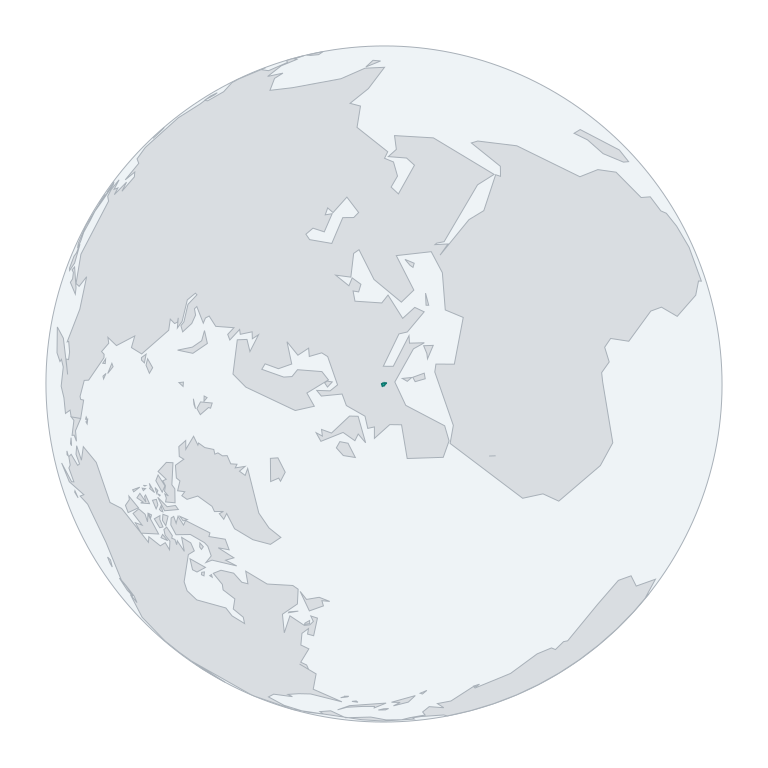 the Earth from above Ticino, rotated 260°
{"feature_id": "CHE-168", "entity_name": "Ticino", "entity_type": "Canton", "adm_level": 1, "iso_a3": "CHE", "parent_name": "Switzerland", "parent_adm1": "", "projection": "orthographic", "projection_center": [8.86, 46.227], "detail": "fine", "context": "on_globe", "style": "filled", "palette": "teal", "viewbox_px": 768, "rotation_deg": 260, "n_neighbors": 0, "source": "natural_earth", "source_scale": "10m", "svg_char_len": 11291}
<svg xmlns="http://www.w3.org/2000/svg" viewBox="0 0 768 768"><g transform="rotate(260 384 384)"><circle cx="384" cy="384" r="338" fill="#eef3f6" stroke="#a8b0b8"/><path d="M99.0,202.4L101.4,198.8L144.9,145.9L118.0,175.6L135.6,154.9L135.2,155.4L155.3,135.8L169.3,123.5L196.3,105.3L220.7,97.7L211.6,102.8L218.5,101.1L230.4,94.9L236.5,91.3L276.4,82.7L317.1,71.3L326.4,65.3L327.1,69.2L342.4,57.1L362.2,52.8L342.0,59.4L341.5,61.6L356.0,59.1L358.7,60.9L367.2,61.0L369.1,63.7L357.1,68.2L358.1,70.3L368.3,68.5L376.6,70.6L361.5,72.8L374.5,77.0L356.8,87.0L314.9,93.6L307.0,104.0L269.0,124.5L274.4,125.9L263.5,135.6L265.7,141.0L258.0,144.0L266.4,145.9L273.0,142.2L278.9,142.0L280.8,145.1L271.4,149.2L269.0,148.2L267.2,151.1L261.7,151.9L265.5,153.2L253.8,158.3L268.1,158.1L261.1,166.1L252.6,168.2L250.0,161.7L223.9,152.8L214.5,154.2L203.9,162.1L190.9,189.4L182.0,194.1L172.3,205.1L178.8,204.9L188.6,196.5L198.3,199.8L209.2,189.8L214.7,190.0L227.2,183.0L228.9,191.1L223.8,203.1L213.5,209.5L210.9,215.3L223.7,215.3L207.3,234.2L201.4,259.2L196.8,263.8L182.4,260.5L174.9,244.0L156.3,242.6L172.0,251.1L160.1,263.6L159.7,269.1L162.4,273.2L168.3,271.6L165.0,277.8L148.3,271.0L151.0,265.3L156.3,267.2L152.7,259.9L141.4,256.8L136.2,264.0L124.5,253.7L120.7,259.0L116.0,260.2L122.9,252.2L110.3,266.8L95.7,261.3L78.3,287.4L91.5,257.9L93.8,246.4L95.0,235.5L92.0,239.5L97.7,221.5L95.9,215.9L84.9,229.8L74.7,249.7L69.4,267.2L72.5,264.0L71.4,274.8L62.0,288.2L58.3,313.1L52.8,327.8L50.3,343.0L50.9,351.5L50.9,367.0L54.3,365.1L58.4,372.5L54.8,386.7L60.0,381.1L60.2,394.9L70.6,419.6L68.8,420.9L77.0,458.4L91.6,487.9L95.0,503.1L92.7,506.7L99.1,516.1L99.2,520.3L129.9,556.1L149.9,580.7L152.2,594.0L141.2,597.3L144.6,617.4L128.4,604.5L131.4,608.5L116.1,589.9L102.1,570.3L89.6,549.8L78.5,528.4L69.0,506.3L61.1,483.6L54.8,460.4L50.2,436.7L47.3,412.8L46.1,388.8L47.7,385.3L50.1,362.6L50.3,354.4L48.8,355.7L52.2,324.7L57.2,304.0L79.2,238.0L99.0,202.4ZM73.2,294.3L69.4,330.7L66.7,318.1L68.1,318.6L70.1,307.5L72.1,291.4L71.2,281.7L73.2,294.3ZM82.3,292.0L82.6,286.8L83.0,290.9L82.3,292.0ZM238.8,89.7L230.3,94.7L218.6,99.9L225.4,95.4L238.8,89.7ZM261.6,81.7L258.3,84.1L250.9,84.6L255.1,83.1L261.6,81.7ZM332.5,61.1L325.0,63.0L331.3,60.6L332.5,61.1ZM368.0,60.6L369.3,59.6L373.2,60.1L368.0,60.6ZM225.5,179.1L226.3,181.0L223.5,181.3L225.5,179.1ZM230.1,174.5L226.3,173.4L227.9,171.1L230.2,171.8L230.1,174.5ZM379.7,64.9L385.5,66.5L377.5,65.6L379.7,64.9ZM234.4,176.3L231.3,167.2L234.3,163.2L245.6,162.6L234.4,176.3ZM387.6,67.9L402.0,72.3L406.0,70.2L402.7,79.3L391.6,72.1L381.0,71.2L387.4,70.0L387.6,67.9ZM274.3,139.8L267.3,143.8L271.4,137.7L274.3,139.8ZM275.4,136.0L279.3,118.9L290.6,115.0L287.0,121.3L300.1,114.4L303.6,120.8L297.2,126.1L289.3,127.2L296.7,128.9L275.4,136.0ZM398.5,83.9L400.2,85.9L396.2,84.7L398.5,83.9ZM281.6,141.5L281.4,138.2L291.1,134.4L293.3,140.5L289.4,139.7L281.6,141.5ZM301.8,109.7L309.4,108.3L314.3,113.1L317.9,113.3L304.7,120.7L301.8,109.7ZM288.2,142.1L294.1,143.7L291.3,148.4L282.4,144.5L288.2,142.1ZM292.7,131.0L297.4,129.7L295.5,132.3L292.7,131.0ZM284.6,166.8L284.1,162.4L289.1,160.0L284.6,166.8ZM296.5,144.0L297.5,142.4L299.4,141.1L302.6,143.2L296.5,144.0ZM309.1,123.7L309.6,126.2L314.8,120.9L318.7,124.6L309.1,129.0L314.9,128.7L316.1,129.9L306.9,132.3L309.1,123.7ZM311.7,141.5L300.8,149.1L300.6,157.5L296.1,159.7L297.3,145.9L311.7,141.5ZM309.7,135.8L309.9,139.8L304.2,140.3L300.6,137.9L309.7,135.8ZM324.8,125.6L321.3,118.8L323.5,118.1L324.8,125.6ZM312.7,143.7L315.3,141.9L313.4,144.3L312.7,143.7ZM322.4,131.0L320.8,128.5L323.4,127.8L322.4,131.0ZM321.8,140.5L318.3,142.8L315.7,141.2L321.8,140.5ZM323.0,136.0L326.9,135.6L316.9,139.2L321.8,135.0L323.0,136.0ZM325.0,130.7L326.0,129.4L325.3,131.8L325.0,130.7ZM333.6,145.7L321.7,150.6L316.0,146.8L328.4,142.5L333.6,145.7ZM721.2,361.5L721.2,362.0L719.7,352.5L718.8,354.5L715.2,338.0L707.1,322.8L707.7,338.5L704.0,329.3L693.0,322.7L691.7,345.1L692.1,394.6L698.3,420.1L695.8,439.5L677.6,419.9L666.3,399.3L661.8,409.1L641.4,402.0L612.1,428.0L606.2,423.7L601.0,431.9L586.4,433.4L576.7,425.2L568.7,431.2L594.2,452.0L602.6,445.5L607.2,427.7L612.9,436.9L626.8,437.5L617.8,475.4L571.3,528.8L563.9,510.7L513.7,467.9L513.6,460.4L513.2,459.7L512.4,458.4L510.8,471.3L501.2,461.6L531.1,496.2L537.4,512.4L570.7,530.3L568.3,534.8L578.2,536.4L606.2,511.9L607.0,518.5L595.5,556.2L554.1,612.9L558.0,631.8L552.3,649.3L523.0,669.6L522.1,678.7L506.4,686.7L503.1,691.7L488.6,699.6L465.6,708.2L430.2,714.4L430.8,711.6L417.3,706.4L399.7,684.5L411.5,670.6L409.5,659.4L383.6,632.5L389.5,615.1L381.9,607.7L366.6,609.6L357.4,600.3L347.9,599.7L286.4,599.1L266.1,582.9L238.3,535.8L248.2,521.5L247.4,500.7L314.0,438.8L331.2,445.1L387.0,436.1L394.6,438.6L391.3,456.7L435.8,473.6L446.3,457.2L483.5,460.8L506.1,453.5L508.3,418.4L471.3,429.7L461.6,415.3L488.7,392.3L520.6,382.7L517.9,376.8L495.0,369.9L499.6,355.3L486.8,366.5L494.0,371.1L486.2,378.6L479.1,375.0L481.0,369.7L470.6,369.8L464.2,395.9L470.9,403.4L445.4,413.8L454.1,427.6L448.1,436.1L431.2,416.0L430.7,407.4L401.6,386.4L399.8,396.2L427.2,417.0L419.8,416.2L417.6,430.9L413.5,419.1L384.1,395.0L359.2,401.7L332.3,436.5L316.7,438.2L301.5,429.6L306.6,393.9L340.8,394.2L343.0,382.6L332.1,365.1L343.4,367.1L343.1,360.3L355.6,359.7L369.3,343.2L381.4,341.0L383.0,320.2L389.4,316.6L386.6,329.7L391.2,338.1L420.8,333.3L425.5,328.1L424.1,315.2L432.4,316.0L427.3,304.2L442.5,295.8L419.7,296.6L417.4,282.7L424.5,270.4L419.7,266.2L408.2,286.5L407.3,294.7L413.1,301.3L407.0,325.0L397.7,330.0L388.5,306.5L374.2,311.5L373.3,292.0L404.9,247.4L420.0,237.0L453.0,247.2L451.7,256.8L439.2,257.6L454.3,269.0L451.4,262.2L458.3,263.2L457.9,251.1L462.8,251.3L454.1,239.8L460.0,238.7L465.5,246.0L470.0,228.3L481.3,223.6L480.0,219.6L475.3,216.6L492.8,213.1L491.0,210.4L484.6,210.4L477.0,205.2L470.3,194.8L476.7,194.1L480.0,197.8L496.5,204.8L504.3,215.3L506.2,214.0L501.0,204.9L480.8,196.1L475.0,190.2L484.9,192.9L480.8,191.4L479.9,188.3L485.0,184.8L474.3,181.3L455.7,150.6L463.7,141.6L474.6,146.9L468.3,127.2L477.9,120.2L471.9,120.0L465.0,111.5L461.9,113.5L458.5,112.8L439.1,93.8L439.6,89.4L424.5,82.5L421.5,82.6L420.3,85.4L402.7,79.3L406.0,70.2L412.8,70.3L410.3,65.2L426.0,66.4L437.9,65.7L456.5,71.1L464.3,70.6L462.4,68.8L471.5,67.4L496.9,72.2L484.7,76.2L448.3,74.1L463.9,75.2L462.8,77.6L470.0,79.9L480.7,80.9L480.5,79.3L510.4,97.4L541.3,109.8L533.1,100.7L536.5,98.2L564.5,108.1L611.9,144.5L616.9,144.5L622.9,149.1L631.1,158.6L622.6,152.0L623.3,156.0L617.3,151.3L627.5,165.5L619.3,159.4L631.3,174.1L636.0,175.4L630.0,164.6L643.9,180.8L648.6,179.9L658.4,190.0L681.9,227.6L691.8,251.8L694.4,256.8L693.5,259.5L699.7,276.9L707.2,286.6L709.6,293.8L716.1,322.6L714.9,317.7L712.6,324.7L717.5,344.9L719.5,344.1L720.0,347.6L721.2,361.5ZM294.8,475.0L293.9,481.5L294.8,475.0ZM557.3,388.8L574.5,379.9L561.7,363.6L567.2,359.1L560.8,355.5L560.7,362.5L544.2,351.6L549.8,341.1L545.1,333.1L539.1,335.8L531.5,357.0L555.0,372.3L553.2,383.1L557.3,388.8ZM71.0,420.2L71.8,425.9L69.8,422.0L71.0,420.2ZM63.9,321.8L64.2,327.3L63.6,332.2L62.8,328.9L63.9,321.8ZM73.2,365.9L74.8,373.0L72.0,368.0L73.2,365.9ZM69.3,336.1L71.7,360.7L66.5,352.7L65.4,337.4L67.6,344.6L69.3,336.1ZM77.0,297.3L76.7,301.6L75.1,303.1L77.0,297.3ZM82.6,295.1L82.3,294.0L83.5,290.4L82.6,295.1ZM161.1,263.9L162.3,264.7L164.0,269.7L161.0,269.1L161.1,263.9ZM185.2,283.1L179.3,292.8L181.4,285.2L176.0,285.8L173.5,271.1L194.3,265.4L185.3,270.3L185.2,283.1ZM176.1,250.8L175.2,260.2L175.3,250.2L176.1,250.8ZM329.4,326.0L334.9,330.5L331.9,338.3L316.6,343.0L320.6,331.5L329.4,326.0ZM343.4,335.3L338.5,311.9L347.8,308.7L343.4,314.3L350.1,314.6L344.8,323.8L358.4,344.5L356.7,352.9L329.3,355.7L339.2,349.9L333.2,345.5L343.4,335.3ZM309.6,263.9L307.6,255.4L330.5,259.2L329.7,266.7L314.3,271.4L306.2,265.2L309.6,263.9ZM255.1,177.8L252.8,175.5L255.5,174.2L259.5,175.1L255.1,177.8ZM284.0,164.9L267.6,186.7L264.2,185.1L258.7,200.7L247.6,202.7L251.5,192.3L238.9,206.0L238.0,197.4L230.4,207.4L240.4,184.1L239.1,177.6L244.7,184.0L254.9,182.3L259.0,179.6L269.4,167.2L271.7,153.0L282.2,149.6L289.0,151.1L290.1,153.9L282.9,155.1L289.5,158.2L279.9,162.1L284.0,164.9ZM362.8,178.9L354.1,177.5L365.6,187.4L356.1,190.1L358.1,191.1L352.5,196.5L349.1,205.0L344.3,205.2L345.0,208.5L341.3,212.4L340.7,217.1L332.0,219.2L330.5,225.3L327.2,222.9L327.0,232.9L323.2,226.5L318.1,231.4L324.5,235.1L278.6,238.3L262.3,245.7L250.8,255.8L245.8,244.3L253.4,227.9L267.4,211.7L283.8,206.6L278.6,202.7L284.9,199.3L286.4,203.8L287.8,194.9L293.4,193.4L306.0,181.1L304.6,170.0L309.1,165.5L312.5,169.1L314.7,162.2L324.0,166.2L327.5,163.2L340.2,164.5L344.7,173.8L348.2,169.8L358.0,171.1L362.8,178.9ZM337.1,146.3L344.6,156.0L343.1,162.5L321.6,157.6L317.1,159.8L303.3,157.6L305.8,148.4L309.5,149.8L313.7,149.1L311.2,152.2L316.4,149.2L321.7,151.1L327.1,149.4L328.0,153.0L337.1,146.3ZM401.2,431.2L406.6,431.5L414.8,429.7L413.5,439.2L401.2,431.2ZM380.9,415.1L385.6,413.5L387.7,425.5L382.0,425.5L380.9,415.1ZM386.3,403.0L385.6,412.5L382.6,407.4L386.3,403.0ZM390.8,327.8L395.5,325.7L396.7,328.6L395.0,333.4L390.8,327.8ZM395.1,211.5L390.3,209.0L391.3,207.1L385.7,197.8L392.3,195.5L398.2,200.2L395.1,211.5ZM503.1,426.3L497.7,434.7L493.8,432.8L496.4,430.2L503.1,426.3ZM454.3,439.1L466.3,440.7L453.8,441.7L454.3,439.1ZM401.3,207.4L398.2,203.7L403.4,204.8L401.3,207.4ZM396.8,193.3L402.6,193.7L392.4,194.1L396.8,193.3ZM600.5,621.4L573.6,656.4L560.5,663.5L560.9,658.4L572.8,639.8L589.1,626.8L597.9,614.7L600.5,621.4ZM721.9,381.7L719.7,376.8L720.4,368.5L721.4,364.9L721.9,381.7ZM699.4,421.2L704.7,429.4L702.7,436.7L699.4,421.2ZM697.7,263.1L699.8,270.4L698.2,267.4L694.5,256.4L697.7,263.1ZM666.0,199.2L672.2,208.0L674.8,212.2L672.7,209.5L666.0,199.2ZM453.2,186.6L453.6,201.7L458.3,212.0L467.8,216.5L454.6,217.1L447.4,201.1L453.2,186.6ZM454.7,154.9L446.4,151.7L449.7,149.3L452.1,149.7L454.7,154.9ZM449.9,155.6L440.2,159.0L435.3,154.8L443.9,152.9L449.9,155.6ZM421.0,182.3L420.7,186.8L416.5,185.7L421.0,182.3ZM619.3,142.4L615.9,139.8L610.9,134.7L614.6,137.9L619.3,142.4ZM591.3,117.5L608.4,132.6L621.6,145.9L620.9,144.5L630.0,153.2L627.2,152.0L612.9,138.0L604.2,129.2L596.2,123.2L585.7,114.7L577.7,110.3L570.9,105.8L575.5,107.3L591.3,117.5ZM574.5,108.9L556.8,100.3L550.4,94.1L552.8,94.5L563.7,100.9L566.4,103.8L574.5,108.9ZM550.6,96.6L553.0,99.6L532.1,97.4L526.1,95.6L538.6,92.8L541.6,95.6L547.9,97.5L550.6,96.6ZM403.3,85.0L400.5,85.8L401.1,84.0L403.3,85.0ZM457.0,114.2L452.5,113.0L453.3,110.6L457.0,114.2ZM440.5,108.6L442.7,112.1L437.7,108.7L440.5,108.6ZM448.1,120.2L442.3,113.7L451.6,119.6L448.1,120.2Z" fill="#d9dde1" stroke="#a8b0b8" stroke-width="1"/><path d="M383.5,384.7L383.4,384.7L383.4,384.8L383.1,384.7L382.9,384.6L382.7,384.2L382.4,384.0L382.3,383.9L382.2,383.8L382.2,383.7L382.3,383.2L382.3,382.9L382.2,382.7L382.1,382.4L382.3,382.4L382.4,382.2L382.6,382.1L382.6,381.9L383.1,382.0L383.3,381.9L383.4,382.0L383.7,382.0L383.9,381.9L384.2,381.9L384.2,381.7L384.3,381.7L384.6,381.7L384.7,381.8L384.7,382.0L384.7,382.3L384.8,382.5L384.9,382.8L385.0,382.9L384.9,383.0L384.9,383.3L384.9,383.5L384.9,383.8L384.9,384.0L385.0,384.1L385.2,384.3L384.9,384.5L384.9,384.8L384.8,385.0L384.7,385.0L384.6,385.4L384.5,385.5L384.6,385.8L384.8,385.8L384.8,386.0L384.7,386.2L384.6,386.4L384.3,386.3L384.2,386.3L384.2,386.2L384.2,385.9L384.1,385.7L383.8,385.5L383.7,385.4L383.7,385.2L383.8,385.1L383.9,384.9L383.7,384.8L383.5,384.7L383.5,384.7Z" fill="#14b8a6" stroke="#0f766e" stroke-width="1.5"/></g></svg>